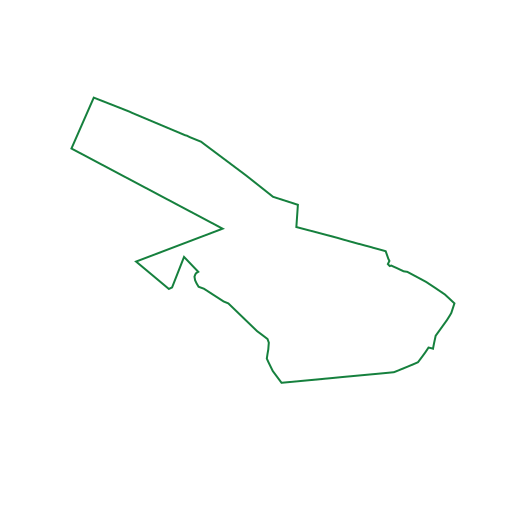 outline of San Martín Tilcajete, Oaxaca, Mexico, rotated 283°
{"feature_id": "50627088B8029202645332", "entity_name": "San Martín Tilcajete", "entity_type": "district", "adm_level": 2, "iso_a3": "MEX", "parent_name": "Mexico", "parent_adm1": "Oaxaca", "projection": "equal_earth", "projection_center": [-96.696, 16.879], "detail": "fine", "context": "isolated", "style": "outline", "palette": "green", "viewbox_px": 512, "rotation_deg": 283, "n_neighbors": 0, "source": "geoboundaries", "source_scale": "gbopen_adm2", "svg_char_len": 1388}
<svg xmlns="http://www.w3.org/2000/svg" viewBox="0 0 512 512"><g transform="rotate(283 256 256)"><path d="M223.6,140.4L204.3,178.5L206.5,181.3L238.9,186.1L227.6,203.3L225.8,201.5L224.4,201.0L222.0,200.7L218.7,202.1L215.9,204.3L213.1,207.0L212.4,212.6L204.4,234.7L203.6,239.7L183.0,274.0L180.2,280.4L177.7,285.9L174.4,288.0L170.9,288.5L167.6,289.0L163.8,289.2L158.5,289.6L155.6,291.8L147.7,298.2L138.2,309.4L151.1,348.3L152.0,350.9L152.8,353.4L154.2,357.6L157.0,365.9L157.9,368.6L159.0,371.9L160.1,375.3L161.8,380.4L166.4,394.3L168.4,400.4L172.2,411.8L173.8,416.5L174.6,417.7L181.5,427.5L186.6,434.6L188.9,437.7L189.1,437.8L195.4,440.6L200.3,442.7L200.6,442.8L205.6,444.7L205.6,448.5L205.5,449.3L211.4,449.1L218.7,449.0L236.6,456.5L241.8,458.3L244.4,459.1L254.5,460.0L261.0,448.7L264.0,440.9L264.8,438.9L267.3,432.2L267.8,430.8L268.4,429.3L269.1,427.3L274.6,407.0L274.3,403.3L274.5,402.3L276.0,395.5L276.4,393.3L277.1,389.9L276.3,388.6L276.9,387.6L277.8,386.3L281.2,387.1L283.0,385.6L289.8,381.3L289.9,380.2L290.2,373.3L290.4,367.6L290.5,367.1L290.6,364.5L290.7,361.3L290.7,360.4L291.0,353.7L290.9,353.6L291.6,337.9L292.0,331.1L293.3,288.8L307.8,286.5L315.3,285.3L317.5,259.3L332.2,228.3L353.4,180.3L355.0,176.8L355.6,172.9L356.9,164.8L357.7,161.5L357.7,159.9L367.5,103.4L368.2,100.2L373.8,62.3L319.2,52.0L275.1,217.3L223.6,140.4Z" fill="none" stroke="#15803d" stroke-width="2"/></g></svg>